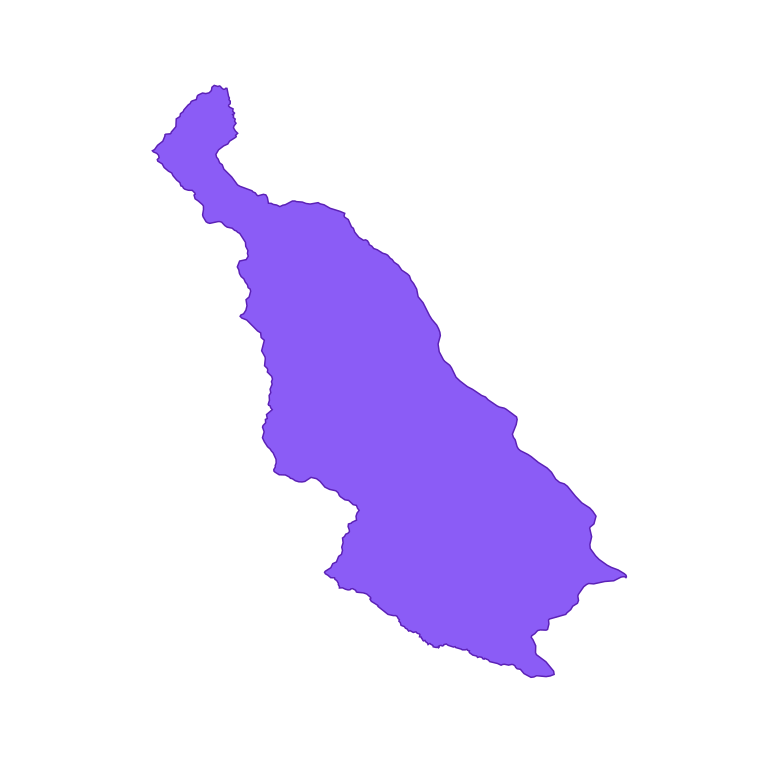 Gachalá, Cundinamarca, Colombia, rotated 285°
{"feature_id": "7082276B64906175699520", "entity_name": "Gachalá", "entity_type": "district", "adm_level": 2, "iso_a3": "COL", "parent_name": "Colombia", "parent_adm1": "Cundinamarca", "projection": "equal_earth", "projection_center": [-73.504, 4.664], "detail": "fine", "context": "isolated", "style": "filled", "palette": "violet", "viewbox_px": 768, "rotation_deg": 285, "n_neighbors": 0, "source": "geoboundaries", "source_scale": "gbopen_adm2", "svg_char_len": 6170}
<svg xmlns="http://www.w3.org/2000/svg" viewBox="0 0 768 768"><g transform="rotate(285 384 384)"><path d="M561.3,107.5L556.0,103.5L551.1,101.7L549.3,99.9L548.5,101.2L548.0,104.8L546.6,107.0L544.4,108.2L542.1,106.9L540.7,107.8L539.2,112.8L536.2,115.6L533.8,120.7L532.9,124.3L530.6,126.3L527.3,131.0L525.7,134.7L522.8,136.5L522.7,138.2L521.2,139.7L520.6,141.3L520.5,144.9L521.4,148.7L519.5,151.9L518.5,152.5L517.3,151.6L514.0,153.6L512.7,157.3L510.2,162.3L509.2,163.5L505.7,164.5L500.4,165.0L498.7,166.0L494.7,170.1L494.1,172.0L494.1,174.2L497.9,181.6L498.4,183.5L498.3,185.3L495.8,189.3L494.9,191.9L495.2,197.0L493.8,199.8L493.6,201.8L492.7,203.3L492.1,205.7L485.0,213.5L481.2,214.8L477.7,218.0L474.7,218.3L472.3,219.8L468.5,218.7L465.4,212.7L459.1,212.0L456.7,214.2L453.3,215.8L450.8,218.2L449.3,221.4L446.5,223.7L444.5,226.4L441.9,227.8L441.0,230.2L439.1,231.2L433.2,231.2L429.7,228.9L424.1,231.4L419.6,231.5L415.5,230.2L413.5,227.8L412.1,227.5L410.9,229.6L410.3,234.8L402.5,248.2L401.5,251.6L397.1,253.3L395.2,257.1L384.4,257.2L379.3,262.1L377.7,262.8L370.7,263.9L368.7,267.4L367.3,268.1L365.4,268.2L362.3,273.5L359.9,275.0L357.0,274.7L355.0,276.0L349.5,275.3L346.3,276.9L343.3,276.0L338.5,277.6L334.5,277.4L333.7,278.0L333.3,279.8L331.7,280.7L330.3,282.7L324.1,278.4L320.4,280.2L319.1,278.6L315.9,279.7L312.5,277.9L310.9,277.8L306.8,280.6L300.6,280.5L297.2,283.4L293.3,287.7L291.7,290.9L290.2,292.5L288.8,294.7L283.3,299.2L279.7,300.3L277.1,300.0L275.6,300.5L272.9,299.7L271.4,300.2L270.6,301.6L269.2,306.2L270.6,312.3L269.7,316.4L268.7,318.1L268.8,319.9L267.6,323.4L267.5,327.0L268.2,330.2L269.4,332.8L274.9,337.7L275.1,343.3L273.4,347.5L269.1,353.6L268.1,358.7L268.4,365.0L267.2,367.7L264.6,369.8L263.7,371.4L262.0,376.2L262.4,380.0L259.5,385.4L259.6,388.8L257.1,390.6L255.5,392.7L252.4,391.4L249.0,391.2L245.4,392.7L242.3,389.0L241.1,388.4L239.6,385.9L237.0,386.2L234.0,388.3L232.4,388.8L230.6,387.9L229.0,385.9L226.4,385.3L224.5,383.8L220.0,385.6L215.5,385.4L212.5,387.0L208.4,387.0L205.8,384.8L199.8,384.1L197.2,381.0L192.8,380.2L187.9,375.7L186.7,375.3L185.5,376.5L184.8,379.2L183.1,382.7L184.0,386.4L182.6,387.2L181.9,389.2L179.7,391.5L178.4,391.8L176.7,393.4L175.4,393.7L176.4,396.6L175.8,399.8L175.8,402.6L176.5,404.5L177.6,405.2L178.2,406.7L177.4,410.0L176.0,411.1L175.9,412.0L176.9,418.0L176.7,421.6L174.4,426.3L173.2,426.7L172.6,426.1L170.8,428.0L168.5,435.5L167.6,435.7L162.5,447.5L162.7,452.9L163.3,455.1L163.0,456.7L161.0,458.6L160.4,459.8L158.7,459.8L157.8,461.5L155.3,462.9L154.9,466.5L153.6,468.0L153.5,469.4L151.7,471.8L152.5,473.1L151.6,476.6L152.9,478.9L151.8,480.7L151.7,483.1L151.1,483.6L149.0,483.7L149.1,485.6L147.9,486.2L147.6,487.0L146.3,488.0L146.1,488.8L146.9,489.9L145.7,491.2L145.2,492.8L143.7,494.0L145.0,495.0L145.2,495.9L144.8,496.3L144.1,498.9L142.9,499.5L143.0,502.7L143.6,503.4L143.2,504.9L144.3,505.4L144.9,504.7L145.9,505.8L146.3,506.8L146.0,508.0L146.8,509.2L147.8,509.3L149.0,511.5L148.2,513.5L147.9,519.2L148.7,520.7L148.0,521.5L147.9,527.1L147.5,528.4L148.3,531.4L149.2,532.8L148.4,533.6L148.3,535.6L147.3,535.5L146.5,536.3L145.1,540.0L145.2,544.0L144.1,545.1L145.2,547.0L145.3,549.3L144.2,550.5L144.1,551.4L144.2,552.0L144.9,552.0L145.0,552.6L144.5,556.1L143.2,558.1L143.4,566.0L142.7,569.9L143.9,571.3L144.5,573.0L144.7,577.1L146.2,579.9L146.4,581.5L145.6,583.5L144.4,584.5L143.4,586.3L143.7,589.6L140.5,594.2L138.7,601.9L139.8,604.6L141.7,606.9L143.3,616.3L145.0,620.1L147.5,623.5L150.5,622.2L157.6,612.3L162.0,601.3L163.7,599.9L170.4,598.3L175.5,594.1L177.4,591.8L179.0,591.8L181.9,594.3L185.6,596.2L186.9,598.6L188.2,604.3L189.2,605.5L194.9,605.4L198.6,604.0L199.8,604.6L208.5,619.2L210.3,619.9L214.5,622.8L218.2,623.8L222.3,627.6L225.3,627.9L229.3,626.1L231.1,626.2L239.9,629.4L242.9,631.7L244.3,633.4L245.2,638.3L250.4,648.4L253.4,656.9L258.8,662.9L259.8,665.0L260.1,666.9L259.6,667.8L260.4,668.1L261.9,667.3L263.0,665.2L265.0,658.3L265.7,651.1L266.7,646.5L270.2,637.2L272.8,632.8L278.5,625.8L282.2,624.4L290.2,624.1L297.9,620.0L299.1,620.1L303.2,623.0L311.2,623.0L315.1,618.6L317.5,614.8L320.4,605.8L325.2,597.9L332.7,587.6L334.2,584.0L334.4,579.1L336.5,574.5L342.1,568.6L345.1,563.3L348.2,553.3L351.9,545.1L353.2,541.2L354.9,533.0L356.1,530.6L358.0,528.7L364.0,525.2L366.0,522.8L368.8,521.0L379.0,522.2L384.2,521.8L386.5,520.5L391.3,508.4L391.8,506.3L391.6,501.4L392.1,498.9L395.7,488.6L397.7,485.4L398.2,481.3L401.8,470.8L403.0,465.2L406.6,456.6L409.2,451.8L417.1,445.0L419.1,442.7L421.5,437.0L422.7,435.2L429.4,429.0L436.6,425.9L445.3,425.9L448.4,424.6L451.5,422.4L454.5,419.7L458.8,413.5L461.9,410.2L472.6,400.7L477.1,394.4L484.1,391.0L488.7,386.6L491.2,383.2L495.0,380.6L496.3,378.3L498.6,371.6L502.5,367.1L504.2,362.3L506.4,359.6L507.0,357.6L509.4,354.2L509.9,352.1L510.0,348.8L511.9,342.8L512.2,339.0L514.0,336.5L514.8,333.6L516.1,333.0L518.0,331.0L518.5,329.0L517.5,326.9L519.2,321.7L523.1,316.4L526.5,314.1L527.4,311.9L533.6,306.9L535.0,302.7L536.1,301.9L538.7,301.9L539.4,296.8L539.8,286.4L541.6,279.7L541.5,275.8L542.1,273.4L538.7,266.1L538.2,261.9L538.6,258.0L537.5,252.2L537.7,250.6L537.0,248.1L531.6,242.2L530.6,240.1L528.4,237.5L529.1,234.0L528.8,230.6L529.3,228.4L528.7,225.6L533.9,223.1L536.1,220.9L536.0,218.4L533.2,213.6L533.4,212.6L535.3,210.2L535.7,207.6L536.5,206.5L537.7,193.6L538.4,191.0L544.5,183.4L550.1,173.7L553.9,171.0L555.1,168.0L558.4,165.5L559.7,163.6L562.3,162.2L567.4,163.6L572.5,167.5L575.4,171.0L578.6,172.0L584.1,177.0L584.9,177.2L585.8,176.3L588.3,177.8L589.9,175.0L592.5,172.3L594.4,172.3L597.6,173.6L599.1,171.7L601.4,171.7L602.4,169.5L604.2,169.3L605.1,168.0L606.3,169.5L607.0,169.5L608.2,167.3L610.7,167.0L611.4,163.4L612.3,161.9L613.3,161.8L614.9,162.9L617.4,162.3L618.5,160.7L620.3,160.6L621.6,159.4L628.9,155.8L628.8,154.7L627.5,153.8L627.1,152.7L627.8,150.9L629.2,148.8L629.3,147.8L628.4,146.6L628.5,142.7L626.1,141.0L622.8,141.3L620.0,139.7L618.4,136.7L618.1,133.4L615.0,129.7L613.8,129.1L610.2,129.1L607.8,125.4L606.6,124.5L604.7,124.2L603.0,122.7L597.1,119.8L595.1,119.5L592.4,117.4L589.6,117.7L586.3,114.7L578.7,116.4L572.2,113.3L571.0,113.3L570.4,112.9L568.8,108.5L568.1,107.9L566.7,108.2L561.3,107.5Z" fill="#8b5cf6" stroke="#5b21b6" stroke-width="1.5"/></g></svg>